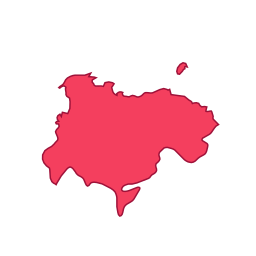 Central, Robinson projection, rotated 209°
{"feature_id": "FJI-2617", "entity_name": "Central", "entity_type": "Division", "adm_level": 1, "iso_a3": "FJI", "parent_name": "Fiji", "parent_adm1": "", "projection": "robinson", "projection_center": [178.241, -17.983], "detail": "fine", "context": "isolated", "style": "filled", "palette": "rose", "viewbox_px": 256, "rotation_deg": 209, "n_neighbors": 0, "source": "natural_earth", "source_scale": "10m", "svg_char_len": 3355}
<svg xmlns="http://www.w3.org/2000/svg" viewBox="0 0 256 256"><g transform="rotate(209 128 128)"><path d="M163.4,43.6L164.7,43.8L166.4,43.7L168.6,44.2L171.6,46.5L176.1,53.5L177.3,54.9L181.0,55.4L184.6,56.8L187.6,59.3L189.6,63.1L189.7,67.9L188.0,71.5L185.9,74.8L184.8,78.3L184.5,80.2L184.0,81.9L183.7,83.5L184.3,85.0L185.6,86.3L188.8,88.8L189.6,89.7L189.7,92.0L189.1,94.1L189.0,96.1L190.6,97.8L192.7,96.9L193.8,97.6L193.6,99.0L191.9,100.3L193.9,101.3L195.1,102.8L195.3,104.8L194.2,107.1L193.6,106.7L191.9,105.8L192.2,106.7L193.0,109.9L187.7,111.4L188.3,116.9L191.4,122.9L193.6,125.8L196.9,126.1L198.4,127.1L199.3,128.8L201.1,131.1L201.8,132.2L201.8,133.0L202.2,133.6L204.0,133.8L205.1,133.3L206.0,132.1L206.7,130.8L207.0,129.8L208.1,129.8L207.7,131.2L206.3,133.9L205.9,135.1L205.8,137.9L205.9,139.8L205.2,142.4L203.5,145.1L201.6,147.2L199.9,148.5L191.3,153.3L187.2,157.9L187.2,153.9L182.3,156.1L180.3,156.5L182.2,153.3L182.5,152.5L181.5,150.7L180.8,150.4L179.9,150.3L178.4,149.1L176.8,148.9L171.9,151.7L169.7,152.5L170.1,156.5L167.1,159.0L163.4,160.1L161.6,159.9L161.8,157.0L162.0,155.9L161.7,155.3L158.9,152.4L157.4,151.5L155.7,151.1L153.5,151.2L153.9,152.1L154.1,152.1L154.5,152.5L153.7,154.4L152.8,155.5L151.5,156.2L149.9,156.5L150.0,156.1L149.4,155.1L148.5,154.3L147.6,153.9L146.4,154.1L144.4,155.0L143.5,155.2L142.1,155.8L141.1,157.3L139.8,158.7L137.7,159.3L135.5,159.5L134.3,159.9L133.4,160.7L132.4,161.9L131.7,163.1L130.8,166.0L130.1,167.2L128.6,168.1L125.1,169.6L123.6,170.6L118.8,177.0L115.9,179.8L112.7,180.6L111.3,180.6L110.3,182.0L106.5,178.1L93.9,183.0L88.4,182.0L85.8,181.9L84.8,181.6L83.6,180.6L82.5,181.8L80.5,183.2L78.1,183.8L76.1,182.6L73.9,182.2L71.4,183.9L69.3,184.6L68.4,181.3L67.9,180.4L66.7,180.8L65.3,181.8L64.4,182.6L63.4,183.2L62.5,182.7L59.2,179.5L58.7,178.2L57.9,177.1L50.5,174.9L51.9,172.4L52.4,169.9L52.9,164.6L53.2,163.2L53.9,161.7L57.8,155.3L57.8,154.1L57.4,153.3L56.5,153.0L52.5,152.8L51.2,152.7L50.3,152.2L49.7,151.4L49.2,150.0L48.1,146.1L47.9,144.2L48.1,142.6L48.8,141.2L51.2,137.4L52.0,135.6L53.2,131.7L54.3,129.9L55.9,128.5L59.0,127.5L61.1,127.4L63.2,127.6L76.3,131.4L77.9,131.5L80.0,131.2L84.0,130.2L85.5,129.3L86.8,128.0L88.6,122.2L88.5,120.9L88.0,119.5L87.0,118.4L85.9,117.4L85.0,116.2L84.9,114.6L85.2,113.0L86.1,110.4L85.7,108.7L84.5,107.2L83.2,106.0L82.4,104.6L82.3,103.3L82.6,101.9L83.3,100.4L84.2,99.0L84.7,97.5L85.0,95.1L85.7,93.8L93.6,84.3L97.2,81.0L100.6,79.1L102.8,76.7L103.9,74.9L104.2,73.1L104.0,71.6L103.4,70.7L102.4,70.3L101.1,70.5L99.6,71.3L98.0,72.5L96.5,74.0L91.4,80.2L90.6,81.0L89.8,81.4L89.2,81.5L88.6,81.3L88.3,80.7L88.1,79.6L88.4,68.7L88.8,66.7L89.7,64.9L92.1,60.8L92.8,59.0L93.0,57.2L92.8,55.4L91.7,51.7L91.3,49.6L91.6,48.0L92.5,47.0L94.3,47.6L95.8,49.1L99.5,53.7L103.9,61.6L105.2,63.2L106.7,64.6L108.3,65.8L110.9,66.6L114.0,66.9L123.5,66.6L128.9,65.2L131.6,64.1L133.4,62.6L133.9,61.6L134.1,60.7L134.2,60.1L134.3,59.0L134.7,58.3L135.3,57.6L136.6,57.8L137.8,58.5L142.0,61.8L143.6,62.4L145.3,62.6L148.5,62.5L149.9,62.8L151.2,63.2L152.7,64.1L156.5,65.8L158.4,66.1L159.8,65.8L160.9,64.4L161.6,62.5L163.2,53.7L163.5,45.1L163.4,43.6ZM108.1,203.4L109.0,200.0L110.9,199.4L112.8,201.2L113.8,204.7L113.2,208.9L111.5,211.7L108.8,212.4L105.8,210.1L107.4,209.7L108.0,209.2L107.8,208.5L107.0,207.4L107.7,206.4L107.9,205.6L107.9,204.6L108.1,203.4Z" fill="#f43f5e" stroke="#9f1239" stroke-width="1.5"/></g></svg>